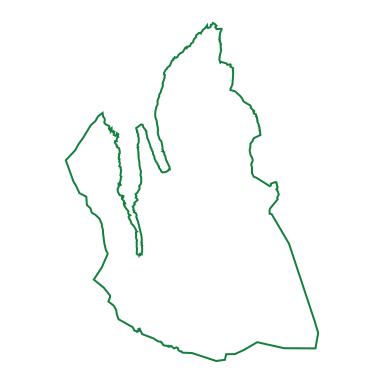 the district of Húnaþing vestra, Norðurland vestra, Iceland
{"feature_id": "244011B78038893235430", "entity_name": "Húnaþing vestra", "entity_type": "district", "adm_level": 2, "iso_a3": "ISL", "parent_name": "Iceland", "parent_adm1": "Norðurland vestra", "projection": "mercator", "projection_center": [-20.962, 65.308], "detail": "fine", "context": "isolated", "style": "outline", "palette": "green", "viewbox_px": 384, "rotation_deg": 0, "n_neighbors": 0, "source": "geoboundaries", "source_scale": "gbopen_adm2", "svg_char_len": 6013}
<svg xmlns="http://www.w3.org/2000/svg" viewBox="0 0 384 384"><path d="M315.4,348.4L318.2,333.0L314.9,321.9L289.0,243.7L271.7,214.2L269.6,213.7L269.6,210.1L270.1,208.5L277.7,199.3L277.3,198.4L277.4,197.1L278.8,194.3L278.3,193.3L278.2,192.2L276.6,189.6L276.9,189.3L276.5,189.2L277.7,186.8L276.8,185.4L276.9,184.2L276.3,183.3L276.5,182.4L275.2,182.1L271.1,183.6L270.8,183.9L271.0,184.8L270.7,185.7L269.6,186.1L256.3,177.7L253.7,176.7L252.0,173.2L252.0,167.9L251.2,164.3L252.7,160.8L252.7,160.1L252.0,157.5L250.5,155.0L249.6,150.1L250.3,147.4L250.5,143.5L252.8,140.9L252.9,139.8L253.9,138.1L260.4,135.0L260.1,133.2L260.2,132.1L259.5,130.4L259.9,130.0L259.3,128.3L259.6,127.3L258.7,126.3L259.0,125.4L257.2,121.1L257.6,120.4L256.9,118.5L257.1,117.4L256.0,116.5L256.3,115.6L256.0,114.4L254.0,113.6L253.8,112.4L254.2,112.0L254.1,111.1L253.3,111.3L253.2,110.2L250.7,107.8L250.9,107.0L250.5,105.6L243.7,101.6L242.0,98.2L240.4,96.2L234.9,91.2L230.5,90.1L230.4,89.0L232.4,84.6L233.1,75.3L233.1,71.8L232.8,69.6L233.2,68.2L230.3,66.5L230.8,65.0L230.5,64.4L227.2,64.8L226.6,63.5L221.2,61.9L220.3,62.7L219.5,60.1L219.3,58.4L219.8,57.4L219.6,56.4L221.2,50.2L220.7,49.3L220.9,48.4L220.6,46.2L221.0,44.4L220.5,44.2L220.5,42.5L219.6,41.5L220.0,40.4L219.2,39.6L219.9,38.3L219.4,37.3L219.9,35.7L219.9,34.0L220.7,31.5L221.5,30.1L221.6,28.8L216.5,29.1L215.5,27.2L216.0,26.5L215.5,26.6L215.8,25.4L215.7,24.6L212.9,23.0L211.9,24.7L211.0,24.8L210.6,26.8L210.0,27.4L207.9,28.0L207.2,27.4L207.1,25.4L204.5,28.8L202.9,29.7L202.2,31.3L201.0,32.5L201.0,33.4L199.0,32.9L196.2,35.3L195.9,35.9L196.2,36.9L194.3,38.9L193.4,40.6L193.2,42.0L191.1,43.6L189.9,46.2L188.3,46.4L186.8,47.9L186.6,47.2L185.9,48.0L185.3,47.7L183.0,51.8L180.1,53.4L178.4,55.1L177.5,56.9L176.1,57.7L174.8,57.2L174.5,58.1L173.4,58.5L173.6,59.6L171.9,60.7L169.8,65.9L167.4,67.5L166.8,68.9L165.8,69.6L164.1,72.9L164.0,74.4L164.9,75.0L164.5,77.0L164.7,77.6L162.6,83.5L162.9,84.1L162.6,86.8L161.2,90.2L160.9,91.9L159.1,94.9L159.3,96.2L157.5,100.7L157.6,104.3L156.0,107.9L156.2,108.6L155.7,109.4L155.2,113.3L155.3,117.0L156.6,120.6L156.9,122.2L156.9,124.0L157.3,124.5L157.3,126.1L157.8,127.1L157.8,129.4L158.2,130.3L157.7,131.8L157.9,134.0L159.7,139.5L161.4,141.3L162.4,146.3L162.6,148.8L162.4,149.5L163.0,150.3L162.7,151.7L163.2,151.1L163.6,151.6L163.1,151.7L164.1,152.3L164.4,155.0L165.2,155.9L165.9,159.5L169.5,167.0L169.8,169.6L169.2,169.6L169.4,169.0L169.3,168.9L167.8,170.9L165.3,172.1L162.4,172.4L161.3,171.5L160.9,170.2L159.1,168.0L158.9,167.4L159.1,166.5L158.1,165.5L157.1,163.0L156.1,161.8L154.4,158.3L154.3,156.4L153.1,154.2L152.8,151.9L151.5,149.5L151.5,148.5L150.4,147.1L150.4,145.9L148.0,139.3L147.3,138.3L147.1,136.0L146.4,133.7L146.5,132.4L146.0,131.5L146.3,131.1L143.2,127.0L142.8,125.0L141.3,124.4L136.2,128.0L136.3,129.3L137.1,130.2L137.0,131.7L137.5,132.0L137.2,132.5L138.4,134.8L138.1,135.5L138.3,136.9L138.8,138.1L138.7,142.3L137.5,145.3L138.1,146.7L137.6,147.5L138.2,147.8L138.0,148.2L138.4,152.3L138.2,152.8L138.6,153.5L138.3,154.9L138.7,155.9L138.5,157.4L139.4,162.0L139.4,164.3L139.9,167.7L140.8,170.9L140.9,172.6L140.4,174.8L141.2,177.5L141.2,182.2L140.8,184.0L139.1,186.2L139.6,187.2L139.4,189.4L137.8,191.5L137.6,192.5L135.5,194.2L136.4,196.2L135.7,197.6L137.4,199.2L137.5,200.2L134.4,202.7L134.3,203.7L134.7,203.9L134.7,204.6L132.7,206.6L133.6,208.2L133.4,208.9L133.5,210.4L134.3,210.8L133.8,212.1L135.8,213.1L136.3,214.3L136.6,215.7L136.2,217.1L137.0,218.4L137.1,219.6L137.8,220.8L141.4,235.6L141.9,240.2L141.3,242.5L141.9,242.9L141.6,243.8L141.9,244.3L141.5,245.0L142.3,245.9L141.9,247.6L142.2,248.4L142.1,252.2L141.6,253.1L141.7,254.4L140.3,253.9L139.8,254.4L140.0,255.3L139.6,255.5L139.4,254.9L139.2,255.3L139.1,254.8L137.3,254.5L136.7,253.5L137.0,248.4L136.6,246.2L136.8,244.0L136.5,242.5L137.0,240.7L135.9,237.2L136.3,234.5L136.0,234.2L135.9,233.0L136.0,232.2L136.9,231.7L136.4,231.4L135.9,229.7L134.1,226.5L131.5,223.6L130.3,220.2L129.4,219.1L129.5,218.4L128.6,217.3L128.7,216.3L130.2,215.3L128.5,214.0L128.2,212.3L128.4,211.3L125.8,208.1L123.8,204.6L124.0,203.7L125.2,203.6L125.0,202.8L124.0,202.4L124.0,201.1L121.9,198.8L122.0,197.6L123.2,197.4L123.4,196.0L120.0,195.3L119.0,194.1L117.8,191.4L117.6,189.0L119.0,186.2L118.6,185.4L118.6,183.9L119.9,182.9L119.8,182.3L120.8,179.6L120.6,178.8L121.0,176.9L121.3,176.7L120.4,175.5L121.0,171.0L121.1,169.9L120.5,168.4L120.8,167.3L119.3,166.3L119.8,164.6L119.8,162.7L119.2,161.6L119.6,159.2L119.4,158.7L119.4,159.4L118.8,159.1L119.0,158.2L118.6,157.4L119.3,155.7L118.9,154.1L119.8,153.3L119.6,152.0L119.8,151.2L118.9,148.0L117.4,147.5L116.7,146.3L117.1,145.9L114.9,142.6L115.1,141.2L116.8,141.2L116.5,140.2L117.5,136.9L118.2,136.9L118.1,135.9L118.5,135.6L118.1,135.9L117.8,135.1L118.3,134.3L116.9,133.2L116.3,135.1L115.5,135.8L113.6,134.8L114.3,132.0L113.2,132.2L112.7,131.8L112.9,131.2L111.6,131.4L111.6,129.9L110.7,131.3L110.6,129.9L111.0,128.5L109.5,129.6L108.9,128.4L109.4,126.6L109.0,125.9L105.9,124.5L104.5,122.9L104.2,122.2L104.8,120.4L104.6,118.4L103.1,116.6L102.6,112.9L98.0,116.4L95.4,121.1L90.8,125.2L83.0,138.0L78.4,144.4L75.3,150.2L65.8,160.2L73.5,181.6L76.2,186.0L79.4,193.1L86.3,196.7L86.9,205.1L90.4,208.2L91.6,212.2L92.2,213.0L95.4,214.8L99.5,218.7L101.7,223.9L102.1,227.1L102.9,229.6L103.1,233.7L104.4,243.7L105.9,250.1L107.5,253.1L107.6,254.2L101.8,267.4L93.8,279.6L103.9,287.8L110.0,295.5L110.1,296.3L109.9,297.9L108.4,301.5L114.0,305.9L116.1,310.0L116.9,314.5L118.3,318.7L119.0,319.5L132.8,327.3L134.4,330.6L136.5,331.1L136.9,331.8L138.6,331.2L138.8,330.7L138.4,330.0L138.9,329.7L138.6,329.0L139.6,328.6L142.1,334.1L153.5,338.4L158.0,341.4L161.1,341.8L161.5,342.8L162.4,343.2L162.8,344.6L164.2,345.5L167.0,345.8L168.7,346.7L169.1,345.9L170.1,346.5L171.2,345.9L173.9,348.4L176.4,347.4L178.1,348.3L178.1,349.4L178.4,350.1L180.0,351.3L181.5,351.3L181.7,352.1L182.8,352.7L191.9,353.0L216.2,361.0L224.9,359.8L226.2,354.2L234.9,354.1L244.2,349.8L257.2,342.2L284.0,348.2L315.4,348.4ZM121.3,185.7L120.3,184.3L119.8,184.2L121.3,185.7Z" fill="none" stroke="#15803d" stroke-width="2"/></svg>